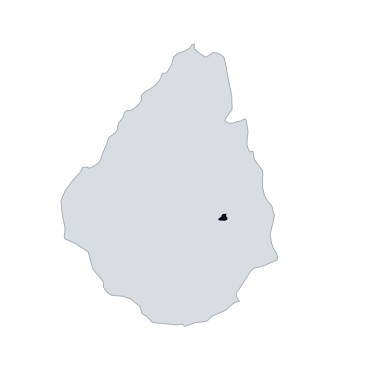 location of Quebracho, Cerro Largo, Uruguay, rotated 32°
{"feature_id": "84410073B4065456644538", "entity_name": "Quebracho", "entity_type": "district", "adm_level": 2, "iso_a3": "URY", "parent_name": "Uruguay", "parent_adm1": "Cerro Largo", "projection": "equal_earth", "projection_center": [-54.796, -32.593], "detail": "fine", "context": "in_parent", "style": "filled", "palette": "ink", "viewbox_px": 384, "rotation_deg": 32, "n_neighbors": 0, "source": "geoboundaries", "source_scale": "gbopen_adm2", "svg_char_len": 2620}
<svg xmlns="http://www.w3.org/2000/svg" viewBox="0 0 384 384"><g transform="rotate(32 192 192)"><path d="M290.0,259.5L288.0,261.5L285.8,265.2L283.2,274.3L274.7,286.8L273.0,293.9L263.8,301.2L257.4,309.5L253.2,309.3L249.4,312.8L227.7,323.6L219.9,321.5L214.1,321.6L208.7,316.8L196.5,315.1L188.8,317.0L178.5,322.2L175.4,322.1L173.1,321.9L167.5,319.7L164.5,315.1L148.6,309.8L135.7,297.8L120.5,297.5L109.0,299.1L107.2,297.5L106.0,294.4L103.5,289.9L93.4,279.3L85.4,268.7L83.7,258.2L84.6,246.8L86.8,233.4L86.3,229.1L89.2,226.7L92.1,226.3L94.8,222.8L97.2,217.5L97.6,213.5L95.6,206.1L94.1,195.7L92.5,190.5L95.6,182.3L95.7,178.4L93.8,174.9L93.2,171.3L94.0,167.6L93.8,164.0L92.6,160.6L93.4,157.8L96.4,155.6L98.5,152.2L99.9,147.5L100.6,144.0L100.6,141.6L99.7,139.3L97.9,137.1L98.7,132.8L102.1,126.4L104.3,120.7L105.3,115.7L105.1,111.7L104.0,108.6L104.4,106.5L106.6,105.4L107.5,102.2L107.1,94.1L104.8,87.5L106.4,82.2L111.3,76.1L113.8,71.1L114.0,67.4L115.5,65.2L117.9,69.3L124.8,70.4L131.8,70.5L133.0,69.5L135.7,62.8L139.3,60.9L143.2,60.4L147.6,60.8L152.2,65.2L165.3,79.6L174.9,89.5L177.8,94.2L180.4,97.7L182.3,101.0L181.5,109.5L181.7,113.3L182.1,114.3L184.3,114.4L187.5,113.8L190.2,112.0L192.3,109.3L194.4,107.0L196.1,105.8L196.7,104.0L197.6,102.2L198.6,101.8L200.5,103.2L205.0,108.0L208.4,112.5L209.3,115.1L210.6,117.8L212.1,120.1L213.1,122.4L216.4,125.3L219.8,127.2L222.1,125.3L227.8,131.5L240.5,136.6L242.9,139.7L245.1,144.1L249.5,150.8L255.6,156.9L260.5,159.4L265.3,160.9L267.9,162.2L269.7,164.5L272.6,167.0L274.4,167.9L275.0,170.1L276.9,175.0L278.8,181.1L280.9,186.8L285.5,192.2L290.6,196.5L296.0,198.9L299.0,201.9L300.3,204.9L296.7,209.5L292.7,215.3L289.2,219.8L285.6,223.0L284.4,225.2L283.6,228.5L283.5,246.4L283.2,253.0L283.5,254.8L284.0,256.0L286.2,257.7L288.9,259.2L290.0,259.5Z" fill="#d9dde1" stroke="#a8b0b8" stroke-width="1"/><path d="M235.7,196.7L235.4,196.0L235.2,195.8L234.9,195.6L234.6,195.4L234.0,195.4L233.8,195.3L233.4,195.3L233.1,195.1L232.9,194.8L232.7,194.4L232.5,194.0L232.6,193.8L232.5,193.5L232.4,193.3L232.1,193.6L231.9,193.9L231.7,194.0L231.3,194.1L231.1,194.2L231.0,194.4L230.8,194.6L230.8,194.8L230.6,195.0L230.4,195.1L230.3,195.7L230.3,196.1L230.5,196.4L230.5,196.6L230.8,197.3L230.8,197.6L230.7,197.9L230.7,198.0L230.0,198.8L229.9,199.3L229.9,199.8L229.9,200.1L229.6,200.4L229.6,200.6L229.6,200.9L229.9,200.8L230.4,200.7L230.9,200.6L231.0,200.4L231.2,200.2L231.4,200.1L231.7,199.9L231.9,199.9L232.2,199.8L232.6,199.4L232.8,199.2L233.1,199.0L233.6,198.9L233.8,198.9L234.2,198.7L234.6,198.3L234.9,198.0L235.3,197.2L235.6,196.8L235.7,196.7Z" fill="#0f172a" stroke="#020617" stroke-width="1.5"/></g></svg>